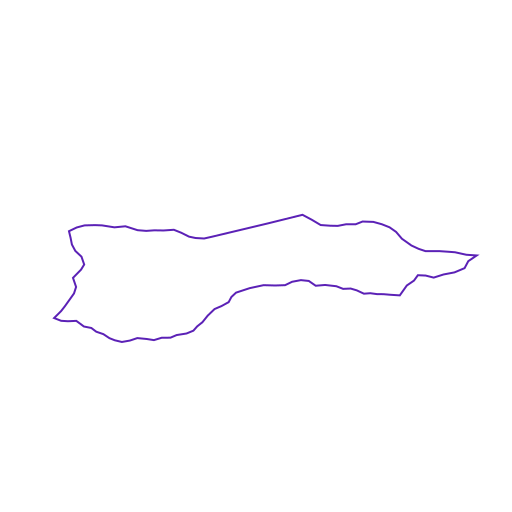 Inúbia Paulista, São Paulo, Brazil, rotated 73°
{"feature_id": "56859067B74776499376394", "entity_name": "Inúbia Paulista", "entity_type": "district", "adm_level": 2, "iso_a3": "BRA", "parent_name": "Brazil", "parent_adm1": "São Paulo", "projection": "equal_earth", "projection_center": [-50.952, -21.726], "detail": "fine", "context": "isolated", "style": "outline", "palette": "violet", "viewbox_px": 512, "rotation_deg": 73, "n_neighbors": 0, "source": "geoboundaries", "source_scale": "gbopen_adm2", "svg_char_len": 1448}
<svg xmlns="http://www.w3.org/2000/svg" viewBox="0 0 512 512"><g transform="rotate(73 256 256)"><path d="M335.7,130.0L328.3,120.4L325.7,112.1L321.7,106.8L324.3,99.5L328.6,92.4L328.5,82.0L329.7,71.0L328.6,60.1L323.0,54.5L320.0,44.8L316.3,54.5L310.6,64.6L308.1,71.0L305.0,79.1L300.9,92.5L296.7,98.4L291.4,104.3L282.2,111.4L273.9,115.0L267.6,119.9L262.4,126.4L257.7,133.8L254.2,144.0L254.8,151.5L252.0,160.5L251.1,169.0L248.8,176.0L245.3,185.1L237.6,192.1L230.2,199.5L228.3,235.0L224.7,292.5L224.1,300.5L221.1,308.6L217.9,314.4L211.9,320.7L206.9,326.9L204.6,336.8L201.7,345.8L199.9,353.6L196.7,361.7L189.4,372.2L187.2,383.0L181.7,394.3L179.4,400.9L176.6,411.0L176.3,419.1L177.6,427.6L184.4,428.0L191.2,428.7L198.3,427.3L205.6,423.1L213.9,422.8L217.9,427.3L223.4,437.4L233.0,437.1L238.6,441.0L243.6,447.5L248.2,453.5L251.7,458.5L256.3,467.2L261.0,461.3L263.4,454.9L265.5,446.8L273.1,441.2L276.7,434.5L281.7,430.9L286.1,424.8L291.7,420.2L295.3,415.7L299.0,409.4L300.0,401.3L299.8,393.5L303.4,384.8L306.6,378.2L306.6,370.1L309.1,361.7L308.4,355.0L309.8,345.1L309.1,337.7L306.1,332.8L303.6,326.5L298.9,319.6L294.6,311.1L293.8,303.7L292.1,295.6L288.0,291.5L285.2,285.8L284.9,271.4L286.1,257.3L289.8,246.3L292.4,236.7L291.2,229.0L292.2,220.1L295.3,212.8L301.9,207.6L303.9,198.4L308.4,188.0L312.9,182.3L314.8,175.0L318.3,169.7L323.6,163.8L325.0,157.6L327.8,151.5L329.8,145.2L332.3,139.0L335.7,130.0Z" fill="none" stroke="#5b21b6" stroke-width="2"/></g></svg>